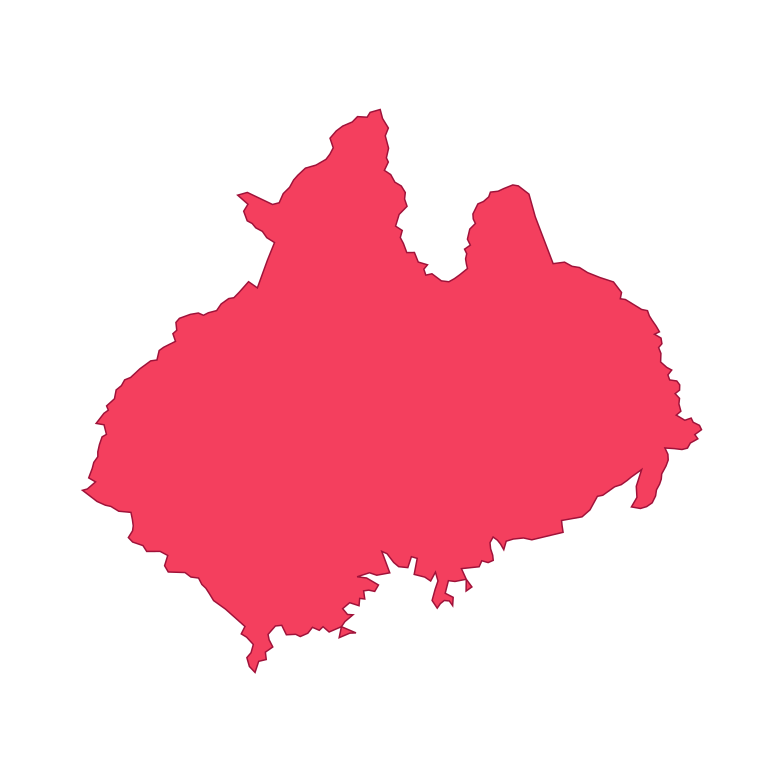 the district of Chapada, Rio Grande do Sul, Brazil, rotated 84°
{"feature_id": "56859067B28093321381872", "entity_name": "Chapada", "entity_type": "district", "adm_level": 2, "iso_a3": "BRA", "parent_name": "Brazil", "parent_adm1": "Rio Grande do Sul", "projection": "mercator", "projection_center": [-53.106, -28.094], "detail": "fine", "context": "isolated", "style": "filled", "palette": "rose", "viewbox_px": 768, "rotation_deg": 84, "n_neighbors": 0, "source": "geoboundaries", "source_scale": "gbopen_adm2", "svg_char_len": 3908}
<svg xmlns="http://www.w3.org/2000/svg" viewBox="0 0 768 768"><g transform="rotate(84 384 384)"><path d="M620.9,451.7L616.2,447.7L610.3,439.0L609.4,444.4L603.1,448.6L597.9,441.0L601.9,432.0L594.7,430.6L595.8,425.6L587.6,425.9L587.4,420.8L589.3,414.9L583.3,410.5L575.1,421.6L572.9,430.9L570.2,418.2L573.4,411.2L572.4,398.0L550.2,403.7L553.1,398.7L562.5,393.0L567.2,388.5L569.1,379.5L558.6,374.8L560.9,369.2L576.5,373.9L580.3,363.6L584.8,358.2L576.5,352.5L585.5,350.9L593.5,354.6L604.3,358.8L612.5,354.5L608.3,350.9L605.6,346.7L606.6,341.7L611.6,338.9L603.4,337.5L598.5,345.0L586.3,340.5L587.8,334.1L586.8,322.6L575.7,326.3L575.7,308.5L570.0,305.2L572.5,299.1L570.8,293.8L565.6,293.8L559.1,295.2L552.9,295.2L547.6,291.5L551.2,287.5L555.4,284.8L561.3,282.2L553.1,278.9L551.7,271.6L551.7,261.4L554.4,253.3L550.2,221.4L543.5,221.7L538.3,221.7L536.8,200.9L530.7,192.3L518.0,183.5L517.5,178.0L510.3,165.3L508.9,158.6L505.4,152.4L502.4,147.9L496.0,136.7L512.1,143.8L523.2,144.3L532.1,150.8L534.6,142.0L533.4,135.6L530.2,129.7L523.7,125.6L517.8,124.1L512.4,120.4L507.6,118.2L502.4,117.2L495.0,112.1L489.3,109.3L483.6,109.0L477.0,111.3L478.6,102.0L480.3,94.5L479.5,88.9L474.7,85.5L471.3,77.6L466.8,80.2L462.6,73.0L458.1,74.6L454.4,80.5L450.0,82.1L451.5,88.6L445.5,96.6L442.1,91.6L434.6,92.8L429.2,91.6L424.0,95.5L421.0,90.7L415.8,90.0L411.6,92.5L409.8,99.5L404.6,100.7L400.2,96.4L397.0,101.1L391.0,106.6L382.5,105.4L376.5,107.1L373.0,103.4L367.3,103.7L362.8,109.8L360.9,104.6L354.9,107.3L348.7,110.7L344.0,113.0L338.6,114.3L336.8,120.0L325.2,135.1L323.9,140.1L317.8,138.2L306.5,145.1L300.7,158.1L294.5,169.9L288.6,177.4L286.6,184.7L281.7,191.7L282.0,203.2L249.8,211.8L233.5,216.1L210.3,220.0L201.0,229.7L199.5,235.1L202.2,244.6L204.2,250.3L204.3,258.1L208.9,260.3L212.9,266.0L214.7,271.8L224.2,277.8L229.2,278.0L233.9,276.3L238.9,282.5L248.7,285.9L254.9,283.6L258.3,289.8L263.1,288.1L268.1,289.8L273.3,289.5L277.9,288.9L283.4,297.4L286.6,303.0L289.1,308.8L287.4,316.2L279.4,324.8L280.1,331.0L274.0,332.4L270.0,328.3L266.3,337.2L256.4,340.0L255.7,347.6L246.3,350.0L240.1,352.5L233.2,349.8L228.2,356.0L216.9,351.2L209.7,342.5L202.2,344.2L195.8,342.8L188.9,346.1L184.4,352.1L176.5,355.4L171.6,361.3L163.7,356.5L159.4,358.0L150.0,354.8L137.3,356.8L129.9,352.9L119.8,357.7L110.6,359.1L112.4,369.4L116.9,372.9L115.3,382.4L120.1,388.2L123.1,398.0L127.3,405.0L133.9,412.0L143.8,409.8L149.8,413.8L154.5,418.2L159.2,428.8L161.1,439.6L167.3,447.8L171.6,452.5L178.5,457.3L184.1,464.3L192.8,469.3L193.8,476.1L179.2,499.9L180.9,509.8L191.0,500.5L197.5,505.5L207.4,503.0L210.6,498.3L215.3,495.2L219.5,489.0L226.2,485.3L231.9,478.1L248.7,487.0L275.2,499.9L268.1,508.0L277.7,518.5L282.5,524.3L282.8,529.5L287.4,537.6L293.5,542.8L294.8,551.3L296.8,556.4L294.0,561.2L294.5,569.3L297.3,580.6L301.0,584.5L308.9,584.5L311.9,588.7L319.8,586.9L322.2,593.4L324.5,599.4L327.2,604.1L336.4,607.3L336.6,613.6L343.3,625.1L351.0,635.3L352.8,641.5L358.2,645.3L361.9,651.0L370.5,653.6L376.8,662.2L381.2,660.9L383.9,665.6L393.1,674.4L395.3,666.7L405.1,665.3L407.1,669.9L414.4,673.3L421.5,675.7L426.4,676.2L431.6,680.8L437.5,683.0L446.5,687.5L451.2,681.1L457.4,690.0L458.2,695.0L462.6,690.3L470.8,681.7L475.4,673.8L477.2,668.4L482.8,661.1L485.2,649.1L492.3,648.4L498.8,648.2L503.7,649.4L510.0,654.3L514.9,650.5L519.5,640.6L525.7,637.5L527.1,624.1L531.9,617.0L541.8,621.2L548.4,618.2L550.7,601.6L555.8,596.2L557.6,588.7L564.3,586.1L568.5,582.5L574.6,579.4L581.6,576.1L591.2,565.3L610.6,547.6L617.6,552.1L621.4,547.1L629.4,541.2L637.3,544.3L641.8,549.0L650.9,547.4L657.4,542.4L646.7,537.6L645.7,529.9L638.3,530.0L633.9,522.1L626.4,525.0L620.9,525.5L613.3,517.3L613.3,510.9L623.2,507.3L623.7,498.0L626.4,493.7L623.9,485.8L618.5,480.6L622.2,474.1L619.0,470.0L624.9,464.5L620.9,451.7ZM620.9,451.7L631.6,455.1L628.2,444.0L628.6,437.9L620.9,451.7ZM586.8,322.6L598.5,324.0L595.0,317.8L586.8,322.6Z" fill="#f43f5e" stroke="#9f1239" stroke-width="1.5"/></g></svg>